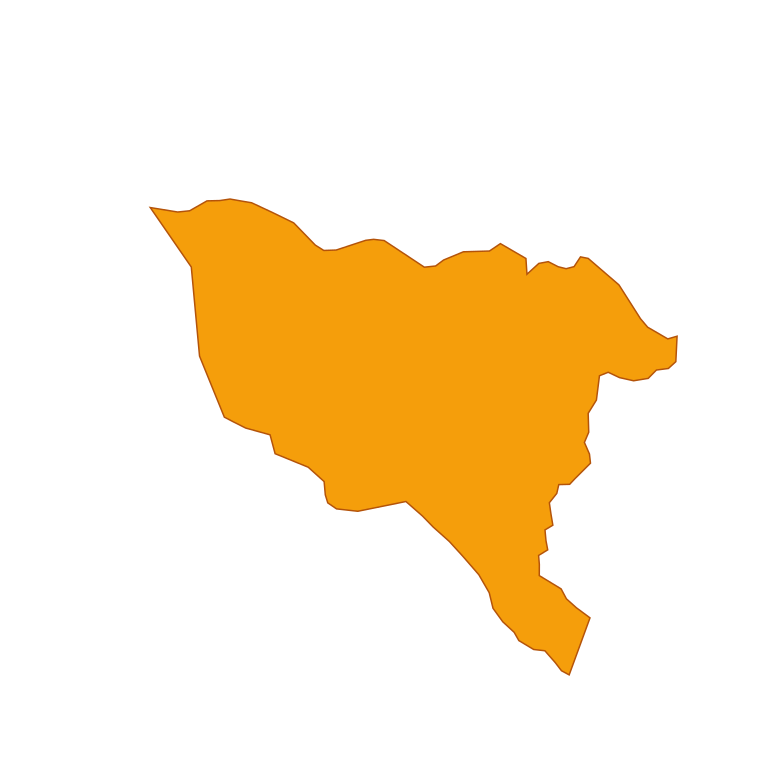 outline of São Vicente, Rio Grande do Norte, Brazil, rotated 293°
{"feature_id": "56859067B27519225509016", "entity_name": "São Vicente", "entity_type": "district", "adm_level": 2, "iso_a3": "BRA", "parent_name": "Brazil", "parent_adm1": "Rio Grande do Norte", "projection": "albers", "projection_center": [-36.661, -6.196], "detail": "fine", "context": "isolated", "style": "filled", "palette": "amber", "viewbox_px": 768, "rotation_deg": 293, "n_neighbors": 0, "source": "geoboundaries", "source_scale": "gbopen_adm2", "svg_char_len": 1334}
<svg xmlns="http://www.w3.org/2000/svg" viewBox="0 0 768 768"><g transform="rotate(293 384 384)"><path d="M542.5,635.1L536.4,627.6L539.3,604.5L544.3,594.6L567.0,561.6L579.4,522.9L577.8,515.2L566.3,513.1L561.3,506.6L560.0,498.5L560.8,487.4L555.5,479.4L540.9,472.7L555.0,465.6L558.7,436.3L547.6,429.1L536.7,405.4L521.4,390.4L512.8,385.4L507.3,375.5L516.1,328.1L513.1,317.9L509.1,311.0L488.6,287.6L483.4,276.4L485.0,266.5L497.0,238.0L498.3,213.9L499.1,191.3L496.5,180.4L494.1,170.0L488.7,161.2L483.4,149.5L467.5,137.4L461.7,126.9L455.1,99.9L416.4,160.9L337.6,203.3L291.1,250.0L290.3,260.1L289.4,273.9L292.7,299.0L277.3,311.0L277.8,346.7L270.8,367.0L259.0,373.3L252.6,378.7L250.5,389.1L256.6,409.6L284.4,450.1L277.5,471.0L271.5,485.3L264.6,505.6L256.3,523.7L245.5,545.8L233.0,562.4L220.1,572.0L211.5,586.3L206.3,600.8L200.5,608.4L198.1,625.5L201.3,636.3L194.4,650.6L189.4,659.4L188.6,668.1L249.2,665.0L253.2,648.5L257.5,635.9L264.6,627.1L268.3,601.8L278.6,597.5L286.6,593.3L295.3,599.5L303.1,594.3L312.6,589.2L320.0,594.6L329.7,588.4L339.3,582.6L350.8,585.8L359.7,584.2L364.2,594.1L371.3,596.7L391.8,605.0L399.8,600.5L408.5,591.3L419.6,591.3L436.8,583.4L452.2,585.8L475.8,579.1L482.4,585.8L481.9,598.3L484.5,612.5L492.4,625.0L503.3,629.3L509.4,639.7L518.6,643.9L542.5,635.1Z" fill="#f59e0b" stroke="#b45309" stroke-width="1.5"/></g></svg>